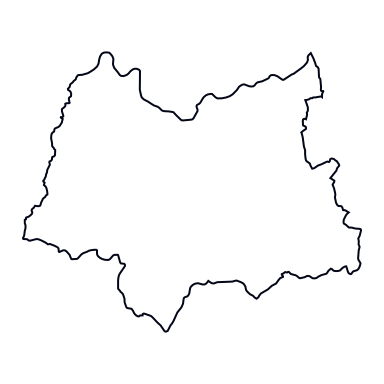 outline of Tay Hoa, Phú Yên, Vietnam
{"feature_id": "81297802B36488646512837", "entity_name": "Tay Hoa", "entity_type": "district", "adm_level": 2, "iso_a3": "VNM", "parent_name": "Vietnam", "parent_adm1": "Phú Yên", "projection": "albers", "projection_center": [109.179, 12.914], "detail": "fine", "context": "isolated", "style": "outline", "palette": "ink", "viewbox_px": 384, "rotation_deg": 0, "n_neighbors": 0, "source": "geoboundaries", "source_scale": "gbopen_adm2", "svg_char_len": 5855}
<svg xmlns="http://www.w3.org/2000/svg" viewBox="0 0 384 384"><path d="M310.8,53.1L308.4,55.4L308.0,56.2L307.7,57.0L307.9,60.1L307.0,62.5L304.2,65.8L301.7,67.9L293.6,73.8L291.7,74.5L283.8,79.7L282.9,79.9L281.6,79.2L277.5,76.3L274.8,75.2L272.1,75.0L270.8,75.3L269.7,76.2L268.9,77.8L268.1,78.5L262.2,81.3L257.8,82.3L256.8,82.8L255.7,83.9L254.6,85.4L253.3,86.3L251.5,86.5L249.4,86.3L244.6,84.5L243.5,84.4L241.8,84.9L239.1,86.7L236.9,90.0L232.8,94.2L229.7,96.2L226.0,97.5L221.9,98.3L217.8,98.4L216.6,98.0L215.3,97.1L212.1,94.0L211.0,93.9L207.9,94.4L205.8,95.4L204.0,96.9L202.7,98.6L200.4,102.6L199.2,103.8L197.1,104.9L196.7,105.6L196.5,106.6L197.6,109.9L197.4,111.3L193.6,118.1L192.5,119.3L190.9,119.7L183.3,120.4L181.7,120.3L180.7,119.6L176.0,115.0L173.5,112.3L172.6,112.0L168.7,111.4L164.7,111.2L163.0,110.9L162.0,110.5L159.3,107.9L157.8,106.8L153.8,105.4L147.6,101.4L143.8,99.4L141.8,97.5L141.1,95.7L139.8,89.7L140.0,71.2L139.2,69.8L136.8,68.8L135.3,68.7L134.2,68.9L132.8,69.4L131.6,70.3L130.1,71.6L128.5,73.6L126.6,75.0L123.5,76.1L120.9,75.8L119.8,75.0L117.7,72.1L114.2,67.8L113.1,64.9L113.0,63.7L113.4,58.9L112.4,56.3L111.2,54.7L109.4,52.8L107.1,52.4L104.5,52.5L103.0,53.0L101.7,53.9L100.1,56.4L99.2,59.5L98.5,63.7L97.1,66.5L93.8,69.5L89.9,72.0L87.8,73.2L82.2,74.8L78.2,75.1L77.5,75.7L76.3,77.5L75.7,79.4L73.7,81.0L72.6,82.5L70.7,83.9L70.1,84.8L69.7,86.9L67.9,88.8L68.1,89.9L69.3,90.6L70.5,91.7L71.2,93.8L71.0,96.2L69.1,97.7L68.9,98.1L68.9,99.7L69.6,102.8L69.0,103.2L66.9,103.2L65.3,103.7L65.4,105.8L65.1,106.3L63.6,107.8L62.3,108.7L61.9,109.3L62.0,111.6L63.3,115.7L63.3,116.2L62.7,116.9L62.2,117.1L60.9,117.1L60.8,117.3L61.4,118.1L62.7,118.9L61.8,122.6L59.6,126.0L59.1,126.4L58.5,126.9L55.1,128.4L54.4,129.4L54.1,131.5L52.4,132.7L51.4,134.6L51.1,138.2L52.1,143.4L52.1,145.8L52.6,146.8L53.4,147.4L54.1,148.9L55.2,149.9L55.0,155.0L54.8,155.5L53.8,156.5L52.7,156.8L52.1,157.3L52.0,159.4L51.2,160.7L49.5,161.5L49.3,162.4L49.8,164.0L49.7,165.1L47.3,169.8L46.9,172.8L46.2,173.9L45.7,176.7L44.8,178.2L44.5,179.3L43.2,181.0L43.3,181.5L44.6,182.6L43.9,185.0L45.6,186.5L46.6,188.6L47.3,192.2L47.4,194.5L45.8,195.6L45.3,196.8L43.0,198.7L41.1,202.7L40.3,205.5L39.1,206.1L38.0,206.2L35.0,205.8L33.8,207.7L32.4,208.8L31.8,209.7L31.6,210.7L32.3,212.3L32.0,213.7L30.8,215.0L28.8,216.6L26.1,217.6L25.9,219.3L24.8,219.8L24.8,223.2L25.5,225.2L25.5,228.2L24.8,230.8L24.2,235.4L23.6,237.0L23.0,238.0L23.0,238.6L23.5,239.0L27.0,239.2L28.9,240.6L30.5,240.6L36.1,239.1L38.0,239.1L41.5,240.5L45.4,242.5L47.9,244.3L50.0,244.0L54.7,245.8L57.7,247.4L58.5,248.4L58.8,251.7L59.3,252.0L63.2,250.3L65.0,250.4L66.5,251.4L69.6,254.9L71.1,258.7L71.9,259.2L76.9,258.9L77.8,258.4L81.3,254.5L83.2,253.2L87.4,251.6L88.5,250.9L90.4,250.3L94.0,249.8L96.2,249.8L97.0,250.4L97.0,253.7L97.5,255.4L98.4,256.5L99.9,257.8L102.2,259.0L104.5,259.7L107.9,260.0L108.9,259.7L109.9,259.2L113.0,255.6L114.2,254.9L117.8,254.8L118.1,255.1L120.2,262.5L120.9,263.4L124.1,263.8L124.8,264.4L125.0,265.2L124.9,266.1L124.2,267.2L120.0,273.3L119.0,275.2L118.4,277.6L118.1,280.4L118.1,288.4L118.4,289.1L119.9,290.7L120.5,291.8L121.9,292.9L123.0,294.2L124.5,298.8L124.6,302.2L126.2,306.9L127.1,308.0L131.5,308.8L133.0,310.8L134.1,313.1L135.0,314.3L136.3,315.5L138.0,316.4L138.8,316.4L140.0,315.5L142.6,315.4L142.7,314.1L143.5,313.6L144.5,313.7L150.8,315.9L152.2,317.0L157.7,322.8L160.6,325.4L164.2,330.7L165.1,331.5L165.6,331.6L166.2,331.6L167.7,330.9L170.6,325.2L171.9,323.7L173.4,321.2L177.4,312.4L181.4,307.4L183.0,303.8L183.6,299.2L183.9,298.0L184.9,297.2L187.5,296.3L188.7,294.7L189.3,293.3L190.1,288.4L190.6,287.1L192.6,285.0L195.1,283.7L197.8,283.2L202.8,284.5L204.7,284.4L206.1,283.6L207.4,282.2L208.3,280.9L211.5,283.1L213.7,283.5L217.2,282.2L232.3,281.6L235.9,280.6L236.8,280.6L241.2,282.3L243.0,283.3L243.7,283.9L245.3,286.3L246.0,289.7L247.0,291.4L250.1,294.3L252.8,295.6L254.9,297.7L256.6,298.7L258.5,297.1L259.3,295.5L260.9,293.5L267.9,289.4L271.8,285.8L276.1,283.5L278.5,280.1L280.2,278.1L283.0,276.9L283.0,276.3L281.8,274.8L281.8,274.1L283.6,273.3L285.1,272.1L287.1,272.5L287.9,272.0L288.8,271.9L290.9,274.0L295.8,275.3L297.0,276.1L299.4,278.1L300.8,278.1L304.9,277.1L306.7,276.1L308.3,275.9L309.8,276.3L312.5,278.2L314.7,278.4L316.5,278.0L318.1,276.8L321.4,275.1L326.1,273.8L326.9,273.2L328.4,270.8L330.8,268.7L331.7,268.9L333.2,270.4L334.2,270.9L336.2,271.1L338.6,270.9L340.1,270.4L342.4,268.0L344.2,266.9L345.3,266.4L346.3,266.4L347.7,271.1L348.6,273.1L350.3,274.1L351.3,273.9L352.8,271.8L353.4,271.3L357.0,270.2L358.3,269.1L359.3,267.4L360.1,265.1L360.5,263.2L358.4,259.7L358.1,258.4L358.7,250.6L359.6,246.8L358.6,244.4L358.8,241.3L358.3,238.5L359.7,235.7L361.0,230.5L360.9,229.5L360.0,228.9L355.1,228.5L351.8,227.6L348.9,227.5L345.8,224.7L343.9,223.6L343.5,222.3L343.8,219.6L346.0,215.2L347.3,213.6L348.7,212.4L345.0,210.2L343.1,210.1L342.4,207.7L341.6,206.4L340.9,206.1L338.6,206.0L338.1,205.7L337.4,205.2L336.1,202.9L334.9,197.3L335.3,195.2L335.2,193.3L334.1,188.5L332.6,184.6L334.3,181.8L334.3,180.7L330.4,178.1L336.4,170.6L337.0,168.4L339.2,165.6L338.8,164.1L336.7,161.1L335.4,160.4L333.9,159.0L331.6,158.5L330.3,159.1L329.7,161.3L329.0,162.0L327.3,161.6L326.6,161.8L321.4,164.3L317.9,165.6L314.2,168.2L312.2,168.7L310.6,165.8L309.8,163.5L306.6,161.2L306.0,160.3L305.6,158.8L305.1,154.4L305.1,150.2L303.9,146.4L302.8,137.8L301.9,133.8L301.3,132.4L303.1,130.9L305.9,129.0L306.0,128.6L305.9,127.1L305.3,126.5L303.4,125.6L303.0,125.2L302.8,120.9L303.0,119.7L303.5,119.1L304.6,118.8L306.0,119.3L307.1,114.7L306.8,112.7L307.7,111.1L307.9,110.2L307.8,107.1L305.3,100.1L307.0,99.9L309.0,99.3L310.5,98.2L312.2,98.2L313.1,97.5L315.5,97.4L321.1,96.4L322.0,97.1L322.1,93.8L323.3,91.4L323.2,91.1L321.4,91.0L321.1,90.7L320.9,89.9L321.0,86.3L320.4,79.8L320.2,78.8L319.2,77.6L319.0,76.6L318.6,68.8L317.9,67.3L316.0,65.9L315.3,63.3L313.3,58.1L310.8,53.1Z" fill="none" stroke="#020617" stroke-width="2"/></svg>